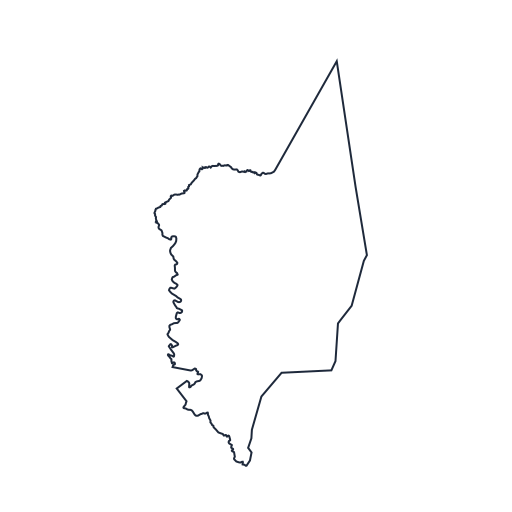 San Pedro Sula, Cortés, Honduras (Robinson projection), rotated 102°
{"feature_id": "27666195B7809661399251", "entity_name": "San Pedro Sula", "entity_type": "district", "adm_level": 2, "iso_a3": "HND", "parent_name": "Honduras", "parent_adm1": "Cortés", "projection": "robinson", "projection_center": [-88.073, 15.5], "detail": "fine", "context": "isolated", "style": "outline", "palette": "slate", "viewbox_px": 512, "rotation_deg": 102, "n_neighbors": 0, "source": "geoboundaries", "source_scale": "gbopen_adm2", "svg_char_len": 6153}
<svg xmlns="http://www.w3.org/2000/svg" viewBox="0 0 512 512"><g transform="rotate(102 256 256)"><path d="M463.1,221.7L457.3,219.4L449.1,219.5L445.3,223.8L435.3,222.6L426.8,223.9L392.3,221.5L364.9,206.7L352.2,158.5L342.3,156.4L304.9,161.8L300.0,159.5L284.8,152.1L238.3,149.5L232.1,147.7L167.6,173.0L48.7,217.5L167.7,255.1L169.8,256.0L171.8,258.4L172.4,259.8L172.7,261.5L173.7,263.3L173.8,264.2L173.1,265.9L173.1,266.5L173.7,267.0L174.1,267.5L175.0,267.9L176.0,268.1L176.4,268.6L176.1,270.0L176.1,271.7L175.8,272.1L174.6,272.9L174.5,273.3L174.5,273.6L175.1,274.3L174.3,274.7L174.4,275.1L175.0,276.0L174.9,276.3L174.4,276.8L174.7,277.8L174.7,278.2L174.3,278.7L173.4,279.2L173.3,279.5L173.5,279.9L174.2,280.2L174.4,280.6L173.7,281.9L173.7,282.2L174.4,282.8L175.4,282.9L175.7,283.7L176.2,284.1L176.2,284.3L175.6,284.6L175.5,284.9L176.2,285.7L176.2,287.2L177.3,289.0L177.4,289.7L177.2,290.7L176.0,291.7L175.3,292.8L175.9,294.8L176.0,295.7L176.0,296.5L175.3,298.0L174.4,298.7L172.8,302.2L172.9,302.9L173.6,303.3L173.5,304.0L173.9,305.1L173.9,305.8L174.7,306.8L174.7,307.7L175.0,308.4L174.8,309.3L173.7,310.6L173.4,311.6L173.6,311.9L174.1,312.1L175.2,312.0L175.6,312.3L176.1,313.4L176.7,315.8L176.9,317.2L177.5,318.0L178.9,318.7L178.2,319.9L178.2,320.4L178.3,320.7L179.4,321.4L179.8,322.0L179.8,322.3L179.4,323.4L179.7,324.1L180.3,324.0L180.5,324.2L180.6,324.8L180.4,325.7L180.9,326.1L180.6,326.6L181.7,326.4L182.3,326.8L182.4,327.3L181.8,328.4L182.0,328.7L182.7,329.1L183.7,329.2L185.1,329.0L185.8,329.5L188.4,330.2L190.3,329.9L191.4,330.5L192.3,330.7L193.1,331.6L194.9,332.4L197.7,334.1L199.5,334.7L200.6,336.3L201.8,336.0L202.7,336.7L203.9,336.2L204.3,336.3L204.8,337.2L205.3,337.4L206.0,337.3L206.4,337.5L206.6,338.0L206.6,339.2L207.3,340.0L207.6,339.9L208.0,339.4L208.5,339.1L209.3,339.1L209.6,339.5L210.4,341.8L211.8,343.5L212.0,344.5L212.4,345.2L212.5,347.1L212.7,348.0L213.0,348.7L214.5,350.1L214.4,351.1L214.6,351.5L215.3,351.8L216.2,351.3L216.8,351.3L218.9,352.7L220.5,353.1L221.8,355.0L222.8,356.2L223.2,356.1L223.4,355.5L223.7,355.5L223.9,355.7L224.2,356.1L224.5,357.7L224.8,358.3L226.2,358.7L226.9,359.7L227.9,359.8L229.0,361.6L230.1,362.8L230.6,363.7L231.6,363.8L232.0,364.0L232.6,363.8L234.8,364.3L235.5,364.1L235.7,363.6L236.0,363.4L237.5,363.1L238.7,361.9L240.0,361.8L241.9,360.9L242.8,361.0L242.5,360.3L242.7,360.1L243.3,360.1L243.6,359.9L244.1,360.2L244.4,358.7L245.5,357.4L246.0,357.2L248.0,357.4L249.1,356.9L249.7,356.2L250.5,353.9L251.1,353.4L253.0,352.3L254.6,352.0L255.7,351.3L256.7,347.6L256.9,346.0L257.6,344.5L257.7,343.4L257.7,342.8L257.4,342.5L256.8,342.4L256.1,342.7L255.0,342.6L254.4,342.2L254.1,341.7L253.7,340.1L253.7,338.8L254.1,338.2L255.6,337.5L258.0,337.2L259.8,337.5L261.3,338.1L263.6,339.3L265.8,340.9L268.2,341.2L269.0,341.1L270.6,340.4L272.1,339.3L273.7,336.8L275.7,336.0L276.6,335.2L277.9,332.8L279.1,331.5L279.6,331.5L280.2,331.6L280.7,332.1L281.2,333.2L281.9,333.5L282.4,333.5L284.5,332.8L286.8,332.3L287.7,331.9L288.6,330.9L289.2,329.6L290.5,328.8L290.9,329.2L291.1,329.7L291.5,330.2L293.3,331.9L294.0,333.1L295.1,333.4L296.4,333.5L297.6,332.7L298.2,332.0L299.2,330.3L299.8,328.1L300.6,326.8L301.0,326.7L301.8,326.9L303.2,327.6L304.1,328.3L304.8,328.9L304.9,329.5L304.7,332.6L304.9,333.2L306.1,333.8L307.5,334.0L308.6,332.9L310.2,330.5L311.8,325.8L312.8,324.1L313.8,321.0L314.2,320.3L314.9,320.0L315.6,320.0L316.3,320.3L316.9,321.0L317.2,321.9L317.2,322.8L316.2,326.1L316.5,326.8L316.8,327.1L317.5,327.3L318.1,327.3L318.8,326.9L321.1,324.9L322.6,323.2L323.4,322.6L323.6,321.7L323.6,320.5L324.4,317.4L324.6,317.0L325.2,316.8L326.3,316.9L327.3,317.8L327.7,318.9L327.4,320.7L327.9,321.3L328.5,321.6L331.8,321.8L332.8,321.7L333.6,321.4L334.1,320.8L334.3,319.9L334.1,319.4L333.6,318.8L333.5,318.0L334.2,317.3L334.7,317.3L336.8,318.2L337.3,318.5L337.8,319.0L338.6,321.7L339.0,322.6L340.1,323.8L341.2,325.6L342.4,326.2L343.6,325.9L345.6,324.8L346.0,324.7L347.9,325.5L349.0,325.5L350.8,326.3L351.2,326.2L352.7,324.9L353.4,324.1L355.6,320.1L356.7,316.7L357.6,314.6L358.0,314.1L358.5,313.8L359.0,313.9L359.6,314.4L360.4,315.7L362.7,318.6L362.6,319.2L361.1,319.5L360.1,320.5L359.9,321.0L360.1,321.4L362.2,322.5L362.5,322.5L365.4,319.5L368.4,316.1L369.2,315.6L370.4,315.4L371.3,315.4L371.6,315.9L371.0,317.3L371.0,319.4L370.3,321.0L370.6,321.6L371.1,321.6L371.8,321.0L372.9,319.4L373.8,318.5L374.5,317.3L376.4,316.9L378.3,315.9L378.2,315.4L377.4,314.9L377.1,314.2L377.2,313.6L377.7,313.1L378.2,312.9L378.8,312.9L380.0,314.3L382.0,314.5L381.6,296.2L381.3,295.2L380.8,294.5L378.8,292.5L378.8,291.9L378.9,291.5L379.1,291.1L380.2,290.8L380.7,290.3L381.0,289.9L381.1,288.9L381.4,288.5L381.8,288.5L383.0,288.8L383.7,288.6L383.8,288.0L383.2,286.1L383.2,285.7L383.9,284.3L384.5,283.9L385.4,283.8L386.8,283.8L388.4,284.3L389.3,284.7L390.0,285.5L390.9,287.7L391.8,288.9L392.1,289.1L393.4,289.4L394.0,289.7L394.7,290.3L396.2,292.2L396.6,292.4L397.3,292.6L397.9,293.0L398.3,293.9L398.1,294.2L394.4,294.8L393.7,295.3L393.2,296.0L393.1,296.4L392.8,296.7L392.6,297.7L402.1,306.0L412.5,293.8L413.1,293.8L414.1,294.0L415.7,294.0L416.2,294.1L418.4,295.3L419.1,295.5L419.5,295.4L419.8,295.0L419.8,292.9L420.4,291.1L420.4,289.8L420.1,288.2L420.3,286.9L421.2,285.6L423.9,283.0L424.5,282.0L424.7,281.3L424.5,280.3L424.2,279.5L422.1,277.2L421.8,276.4L420.8,275.1L420.7,274.7L420.8,273.1L420.3,272.2L419.3,271.2L419.2,270.7L419.6,270.4L421.3,270.0L422.6,268.9L424.3,268.1L426.4,266.3L428.2,266.0L429.3,264.6L430.3,264.0L430.9,262.4L432.1,262.0L432.7,261.3L433.9,259.4L436.4,256.1L436.8,253.5L437.0,251.5L438.3,250.2L438.2,249.8L437.5,248.8L437.4,248.3L437.5,247.9L438.5,247.3L438.7,247.0L438.6,246.6L437.9,246.3L437.4,245.6L437.5,245.1L438.1,244.6L440.8,243.2L441.4,243.0L441.7,243.0L442.6,244.0L443.3,244.1L444.0,244.0L444.6,243.6L445.0,243.1L445.8,240.6L446.0,240.3L447.6,240.5L448.6,240.4L448.9,239.9L449.4,238.4L449.7,238.2L450.1,238.2L451.0,239.1L451.3,239.2L451.6,239.1L452.0,238.5L452.3,236.9L452.9,236.5L456.7,235.0L458.5,235.4L459.0,235.3L459.5,234.9L461.1,232.5L461.4,229.5L461.3,228.4L460.2,226.9L460.0,226.2L460.6,225.9L462.4,225.9L462.7,225.8L462.6,223.9L463.3,222.3L463.1,221.7Z" fill="none" stroke="#1e293b" stroke-width="2"/></g></svg>